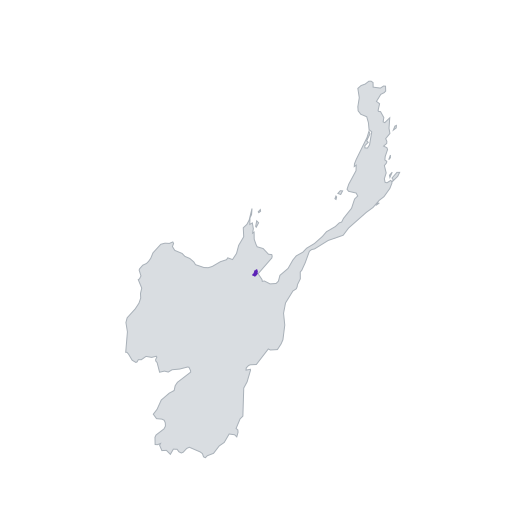 Phan Thong, Chon Buri, Thailand (highlighted), rotated 215°
{"feature_id": "78962969B10956756267411", "entity_name": "Phan Thong", "entity_type": "district", "adm_level": 2, "iso_a3": "THA", "parent_name": "Thailand", "parent_adm1": "Chon Buri", "projection": "equal_earth", "projection_center": [101.08, 13.465], "detail": "fine", "context": "in_parent", "style": "filled", "palette": "violet", "viewbox_px": 512, "rotation_deg": 215, "n_neighbors": 0, "source": "geoboundaries", "source_scale": "gbopen_adm2", "svg_char_len": 5049}
<svg xmlns="http://www.w3.org/2000/svg" viewBox="0 0 512 512"><g transform="rotate(215 256 256)"><path d="M226.4,45.7L226.7,47.7L228.4,45.0L230.5,43.7L234.8,49.6L235.2,52.1L232.2,61.6L232.6,64.7L234.6,67.3L237.0,68.8L239.5,68.4L244.2,65.7L249.4,67.5L249.1,73.7L251.0,83.7L248.4,93.9L245.9,98.9L247.8,103.4L247.9,107.5L242.9,123.4L243.9,124.6L247.1,126.4L248.4,125.8L253.7,119.6L259.5,114.7L261.3,110.6L265.0,109.2L268.3,105.5L275.9,112.0L277.9,112.5L278.8,113.6L279.2,116.3L280.2,116.7L283.3,113.1L288.5,110.7L290.5,105.2L292.9,103.6L292.7,100.9L293.4,99.9L297.7,99.6L304.1,102.5L306.4,103.1L307.5,102.4L317.8,120.1L324.4,126.9L326.1,131.5L324.6,143.4L324.8,150.2L326.3,155.4L329.1,159.0L331.2,164.2L338.9,169.1L338.3,170.4L338.8,173.7L343.6,177.4L344.0,178.6L343.5,183.5L341.4,187.1L340.9,190.1L340.9,193.8L342.2,199.5L340.7,211.0L337.9,214.3L334.2,216.6L332.2,219.8L330.7,219.0L329.9,215.8L325.8,214.0L318.0,215.7L314.0,214.9L308.8,216.0L303.6,215.5L300.6,214.2L292.0,216.7L288.4,219.0L285.8,222.4L281.9,230.9L278.0,236.1L278.1,238.3L273.2,239.6L273.4,246.9L276.3,254.8L277.1,264.7L282.6,271.8L281.6,276.7L282.2,281.5L286.5,292.6L283.4,287.4L282.8,283.8L279.2,278.3L278.0,281.0L273.8,276.8L271.9,272.7L271.3,274.5L267.1,268.7L262.8,265.6L260.4,264.2L254.4,266.2L246.8,264.6L243.9,266.2L242.7,265.2L241.9,263.5L244.1,242.7L237.5,240.1L236.3,238.8L234.9,240.3L228.5,241.2L223.8,245.0L223.2,248.2L225.3,253.9L222.6,264.2L223.5,273.9L223.1,279.2L219.8,286.0L219.0,291.4L215.3,299.7L212.8,310.2L212.2,316.3L207.9,325.6L206.8,330.9L205.3,332.9L205.9,337.1L205.1,349.9L207.9,359.2L207.1,363.5L210.1,365.0L217.3,362.1L219.7,362.9L221.2,368.0L223.0,383.2L226.0,387.9L226.8,385.6L228.2,388.0L229.3,392.6L233.0,416.7L235.0,422.9L232.7,421.4L231.4,413.8L229.3,413.5L230.1,408.7L228.8,407.0L226.6,408.3L226.7,412.1L232.4,424.1L235.9,424.4L240.4,429.7L245.2,433.6L251.4,432.2L255.6,433.5L258.2,436.7L262.2,444.9L268.7,451.7L267.7,455.9L265.2,459.4L263.8,463.9L262.0,465.2L259.6,465.2L256.9,461.5L250.4,464.9L249.0,468.4L247.3,469.4L244.4,465.5L244.7,463.3L246.5,460.0L246.0,451.7L242.1,451.6L239.5,445.3L238.7,444.7L236.8,445.7L230.7,442.7L228.8,438.8L227.0,439.1L225.7,445.9L220.3,436.9L216.6,433.2L217.1,426.5L214.6,425.0L213.5,423.2L214.5,419.2L210.9,419.8L209.3,418.7L207.2,411.5L205.5,408.6L203.2,408.6L202.5,407.2L202.7,403.7L197.0,398.7L195.2,392.9L192.5,390.4L190.7,391.1L189.0,395.2L187.7,394.9L186.5,393.8L185.1,388.1L185.2,378.0L187.0,372.2L188.0,362.8L190.7,354.9L196.2,332.0L196.5,323.0L205.8,310.1L212.1,295.4L214.1,293.2L215.0,290.5L211.8,278.6L210.3,270.4L210.6,268.3L206.6,262.7L205.6,256.3L204.6,254.3L204.2,252.2L205.7,248.5L204.9,234.5L200.6,224.9L192.8,215.9L185.9,202.8L185.0,198.2L184.8,191.6L190.4,187.2L192.6,186.9L193.5,167.3L198.3,163.6L199.3,162.0L199.8,158.7L198.7,156.8L195.6,160.0L195.0,159.3L191.1,147.8L190.3,140.8L174.9,117.3L175.6,113.4L173.4,103.3L171.1,103.1L169.6,101.3L168.0,96.8L171.0,97.3L175.9,94.8L175.1,85.0L177.2,79.3L177.6,70.0L181.3,64.5L181.8,61.7L183.8,61.4L186.5,63.4L189.3,63.5L200.9,61.1L202.4,58.6L203.1,53.5L204.2,51.8L206.8,51.4L209.8,52.4L212.9,50.4L212.4,44.4L217.9,45.4L221.5,42.6L226.4,45.7ZM189.3,397.9L188.5,405.4L186.3,406.9L185.6,402.5L186.9,395.5L187.5,397.2L189.3,397.9ZM224.8,354.2L224.4,357.8L222.4,359.0L221.9,355.0L224.8,354.2ZM273.2,280.0L275.6,285.2L272.9,284.7L272.3,279.7L273.2,280.0ZM215.9,443.5L214.6,441.3L215.7,437.9L216.7,442.1L215.9,443.5ZM193.0,398.7L192.5,402.8L191.4,397.2L193.0,398.7ZM224.9,351.0L223.8,350.6L222.9,348.2L224.2,348.2L224.9,351.0ZM202.5,411.0L203.8,415.8L202.3,413.6L202.5,411.0ZM279.5,293.5L279.1,296.5L277.9,295.3L278.6,293.1L279.5,293.5ZM186.8,368.9L185.4,370.1L186.5,367.2L186.8,368.9Z" fill="#d9dde1" stroke="#a8b0b8" stroke-width="1"/><path d="M247.8,244.3L247.7,244.3L247.7,244.2L247.6,243.9L247.7,243.6L247.8,243.4L247.8,243.1L247.8,242.9L247.9,242.6L247.7,242.4L247.8,242.4L247.7,242.3L247.8,242.3L247.7,242.3L247.7,242.2L247.6,241.9L247.6,241.7L247.6,241.4L247.6,241.2L247.4,241.0L247.4,240.9L247.3,241.0L247.3,240.9L247.3,241.0L247.2,240.9L247.1,240.7L247.1,240.4L247.2,240.2L247.3,240.1L247.3,239.9L247.3,239.7L247.5,239.5L247.6,239.4L247.7,239.2L247.4,239.0L247.4,238.8L247.3,238.7L247.2,238.8L247.1,239.0L246.9,239.1L246.7,239.2L246.4,239.2L246.2,239.1L245.9,239.0L245.7,239.3L245.8,239.3L246.0,239.3L246.1,239.5L246.3,239.7L246.2,239.7L246.3,239.8L246.3,239.7L246.4,239.8L246.4,240.0L246.4,240.3L246.4,240.5L246.5,240.6L246.4,240.6L246.2,240.5L246.0,240.4L245.9,240.5L246.0,240.7L245.8,240.8L245.7,240.9L245.7,241.0L245.7,241.3L245.6,241.5L245.4,241.5L245.3,241.4L245.3,241.5L245.2,241.5L245.2,241.8L245.1,242.0L245.2,242.3L245.3,242.4L245.3,242.5L245.7,242.5L245.8,242.4L246.0,242.4L246.4,242.3L246.5,242.4L246.4,242.5L246.2,242.6L246.2,242.8L246.1,243.0L246.1,243.3L246.1,243.5L246.1,243.8L246.3,243.9L246.4,244.0L246.5,244.0L246.8,244.2L247.0,244.2L247.0,244.3L246.9,244.4L247.0,244.5L247.2,244.4L247.3,244.3L247.4,244.5L247.4,244.8L247.5,244.8L247.6,244.6L247.6,244.4L247.8,244.3Z" fill="#8b5cf6" stroke="#5b21b6" stroke-width="1.5"/></g></svg>